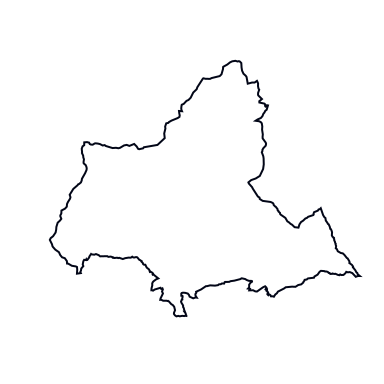 Bicazu Ardelean, Harghita, Romania (Mercator projection), rotated 349°
{"feature_id": "2599482B37807785334683", "entity_name": "Bicazu Ardelean", "entity_type": "district", "adm_level": 2, "iso_a3": "ROU", "parent_name": "Romania", "parent_adm1": "Harghita", "projection": "mercator", "projection_center": [25.893, 46.894], "detail": "fine", "context": "isolated", "style": "outline", "palette": "ink", "viewbox_px": 384, "rotation_deg": 349, "n_neighbors": 0, "source": "geoboundaries", "source_scale": "gbopen_adm2", "svg_char_len": 6048}
<svg xmlns="http://www.w3.org/2000/svg" viewBox="0 0 384 384"><g transform="rotate(349 192 192)"><path d="M340.7,306.5L339.3,304.8L338.8,303.8L338.8,303.0L338.0,302.1L337.4,300.0L336.0,297.3L335.9,296.3L335.6,296.3L335.7,295.5L335.1,294.1L332.9,291.7L333.3,291.0L333.2,289.9L332.1,286.9L331.4,286.3L329.6,282.8L328.3,281.0L326.5,280.3L323.8,278.0L323.3,275.7L322.4,274.7L323.2,272.5L322.9,271.0L323.2,270.3L322.8,269.2L322.8,267.9L322.4,266.8L322.6,265.4L322.3,264.7L322.6,264.1L321.4,262.7L321.0,261.3L321.8,258.2L321.6,256.3L321.2,254.9L320.7,254.6L320.6,252.3L320.0,249.8L319.3,249.2L319.0,248.0L317.9,245.6L318.0,243.0L317.1,241.9L316.3,239.7L315.3,232.5L314.3,233.2L312.9,233.3L312.0,234.3L308.0,235.1L307.2,236.4L307.1,237.4L306.6,237.8L301.3,238.5L299.8,239.4L298.3,239.6L295.7,241.3L293.3,242.3L291.3,244.3L289.7,247.3L286.0,246.1L284.0,243.2L282.7,242.1L281.3,240.2L280.0,239.0L278.7,235.2L274.7,231.1L274.3,230.3L274.4,229.3L273.2,227.7L273.3,227.3L272.6,226.3L272.7,225.1L271.4,222.5L270.8,222.0L269.7,220.3L269.7,219.2L269.2,218.2L267.3,216.8L259.7,214.2L257.2,211.8L257.2,210.3L255.8,209.0L252.2,200.0L252.0,198.9L249.4,194.5L249.2,193.3L252.4,191.6L257.1,190.9L261.6,189.2L266.2,183.0L267.7,178.6L268.7,172.7L268.8,170.5L268.1,166.3L268.9,165.3L269.2,164.0L270.4,162.6L273.2,160.6L273.9,158.9L273.8,157.6L271.6,152.9L271.8,151.4L272.5,149.0L272.7,144.1L273.5,141.1L273.6,137.9L273.0,136.7L271.5,135.4L268.0,134.2L270.2,133.3L273.7,132.5L275.6,131.0L277.1,128.7L278.2,127.9L279.4,126.3L281.0,125.5L283.1,121.5L282.1,121.1L281.3,122.0L280.5,122.2L280.2,121.6L280.4,119.8L280.0,119.1L275.2,117.0L275.4,115.7L278.4,114.1L275.5,109.9L275.4,109.1L275.8,107.3L277.5,104.4L277.0,103.2L277.0,100.7L277.6,98.0L277.1,95.6L277.0,95.3L274.4,96.5L271.8,96.0L267.4,96.3L267.5,89.5L266.9,88.1L265.1,85.7L264.3,82.4L264.4,79.3L265.0,74.8L263.9,73.1L263.0,72.5L261.7,72.6L259.6,71.5L256.4,71.4L254.1,72.0L251.0,73.6L246.7,75.0L246.4,75.2L245.9,77.2L243.4,82.1L241.3,83.5L233.0,83.9L231.3,84.4L226.7,83.4L225.0,82.6L224.4,82.7L217.2,90.2L216.2,92.0L212.2,94.6L208.7,99.2L206.1,101.0L204.0,101.5L200.7,103.9L198.6,104.4L198.1,105.5L197.4,107.8L197.3,109.4L197.6,110.8L194.7,110.0L194.5,112.6L194.6,114.3L194.0,115.9L192.0,116.7L185.5,118.0L182.6,119.0L182.0,119.6L179.8,119.7L178.1,122.7L178.0,124.6L175.9,129.2L175.5,133.9L167.1,139.2L153.3,138.9L152.3,139.8L148.3,139.9L147.3,139.3L146.4,136.8L144.4,133.8L139.3,134.8L136.9,133.3L134.2,133.3L129.8,134.9L128.1,135.0L125.8,134.1L122.4,133.7L116.2,130.4L115.2,129.3L113.2,129.3L110.8,127.4L108.8,126.5L106.6,125.8L105.7,125.8L103.6,126.6L101.9,126.2L100.8,125.4L100.4,123.9L99.7,123.6L98.5,123.0L95.7,122.7L95.1,125.5L93.3,126.3L92.0,128.5L91.7,132.0L91.4,132.7L92.1,135.5L91.9,137.4L92.2,139.2L91.3,141.8L91.1,142.9L91.8,144.2L92.6,144.9L93.1,146.7L93.2,148.5L92.7,150.2L90.7,153.1L86.5,158.0L85.9,159.7L84.8,161.4L82.7,162.6L81.8,162.7L81.0,163.5L76.1,166.3L71.4,171.4L71.7,173.9L71.0,175.3L68.2,178.3L67.0,180.0L66.3,182.5L64.2,184.1L60.3,185.3L59.6,188.2L58.3,189.8L58.1,190.6L58.6,193.4L56.9,194.9L54.3,196.5L52.2,200.4L51.5,203.0L50.4,205.7L47.2,208.9L44.5,210.3L43.3,211.9L44.6,216.6L44.7,218.6L45.0,219.4L46.8,222.5L49.9,225.7L50.6,228.7L52.0,231.3L54.5,232.7L56.0,236.0L55.7,238.4L56.8,238.7L60.0,241.5L63.8,242.9L64.8,243.7L64.5,246.4L63.5,250.2L67.4,250.4L67.1,249.2L68.0,248.0L68.7,246.0L71.2,244.0L70.9,242.3L72.1,239.3L73.2,238.0L75.0,238.6L75.4,238.0L75.6,238.7L76.3,238.7L78.6,236.6L78.9,235.8L81.1,233.6L81.4,234.0L84.1,234.9L85.9,234.6L88.4,236.2L89.5,237.6L96.5,238.8L97.5,239.7L99.9,239.9L102.1,241.1L101.9,241.5L103.2,242.0L105.9,242.2L106.9,242.8L108.0,242.7L111.3,244.6L113.8,244.2L117.2,244.3L119.4,244.8L121.0,244.1L121.8,245.0L122.8,245.3L124.7,245.2L125.8,245.7L127.4,248.6L128.0,248.9L129.4,250.3L129.1,250.7L130.2,252.4L130.3,253.5L131.0,254.2L132.3,254.5L133.1,257.5L135.1,259.9L135.4,262.3L136.0,262.1L136.4,262.8L137.0,263.0L137.8,263.9L138.2,264.6L137.6,265.3L137.7,265.7L138.4,265.6L142.4,270.4L140.1,270.9L137.2,272.3L136.2,273.1L135.5,274.2L135.2,276.1L133.9,278.8L133.4,280.7L134.1,280.8L134.9,281.4L136.8,280.6L142.8,280.0L143.2,281.2L143.6,281.4L144.6,281.0L144.8,282.1L143.6,283.9L144.1,286.1L140.8,290.5L140.3,291.8L141.2,291.9L142.9,293.2L146.3,293.9L147.2,294.4L147.7,294.3L148.5,295.1L150.3,298.2L151.5,299.2L152.6,301.2L152.8,304.8L151.3,307.1L151.0,308.2L151.7,309.8L153.0,311.1L154.9,311.0L156.3,311.7L158.8,311.7L160.7,312.3L161.6,312.2L162.8,312.6L162.9,312.1L162.6,311.4L162.6,309.9L161.8,308.2L162.2,308.3L161.8,306.1L161.8,304.5L161.3,303.1L161.6,302.1L161.3,300.7L160.7,299.4L160.3,297.6L161.3,295.9L162.0,295.7L162.0,294.9L162.8,293.1L162.8,292.2L161.7,291.8L162.1,289.7L162.6,289.2L163.9,289.1L166.1,289.7L168.5,290.9L169.4,292.5L169.7,294.3L172.9,296.6L175.4,296.2L176.5,296.6L175.7,294.5L175.7,293.6L175.9,292.8L177.0,291.7L177.0,290.7L182.3,289.4L187.7,287.1L188.8,287.3L192.0,287.1L196.7,288.3L199.8,288.4L200.8,287.8L202.7,288.0L203.9,287.5L206.1,288.0L206.7,286.9L207.2,286.6L211.3,287.3L212.9,286.9L216.6,287.1L223.1,286.7L224.0,286.2L224.6,286.3L227.6,287.6L229.0,288.9L231.0,290.1L233.1,290.5L233.9,291.0L233.8,291.5L232.0,292.3L230.4,293.9L229.9,296.6L228.6,297.5L230.4,298.2L229.5,299.5L233.2,300.1L235.1,301.6L236.8,302.1L243.5,299.1L245.8,298.5L246.8,300.0L245.8,301.4L247.1,301.7L246.8,302.9L246.3,303.2L247.2,304.2L247.5,305.3L246.9,305.7L246.5,306.8L247.2,307.8L248.0,307.0L248.8,307.7L249.3,308.2L249.6,309.5L251.8,309.9L252.4,310.4L254.2,308.5L256.0,307.6L257.3,306.2L263.9,304.3L265.8,303.4L272.1,304.0L275.5,304.8L278.5,303.6L281.6,303.5L284.0,302.1L284.2,301.5L285.3,300.6L285.8,299.7L287.9,299.8L289.2,299.0L289.9,299.0L295.4,299.4L296.1,298.3L299.5,297.1L302.0,294.7L303.5,294.0L306.8,294.9L307.5,295.5L308.3,295.5L310.0,296.3L310.7,297.5L311.6,297.7L312.1,298.8L313.9,299.1L314.3,298.8L316.0,299.6L317.1,299.6L319.4,301.2L320.8,301.8L321.7,301.2L322.7,302.0L324.9,302.3L327.2,300.9L328.2,299.8L329.7,300.6L331.6,300.7L333.9,302.2L336.6,306.5L338.7,306.1L340.7,306.5Z" fill="none" stroke="#020617" stroke-width="2"/></g></svg>